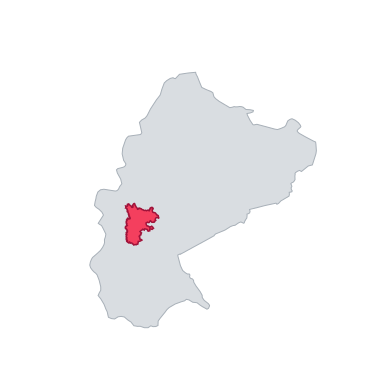 location of Mouhoun, Mou Houn, Burkina Faso, rotated 332°
{"feature_id": "67063806B95698273817509", "entity_name": "Mouhoun", "entity_type": "district", "adm_level": 2, "iso_a3": "BFA", "parent_name": "Burkina Faso", "parent_adm1": "Mou Houn", "projection": "natural_earth1", "projection_center": [-3.46, 12.237], "detail": "fine", "context": "in_parent", "style": "filled", "palette": "rose", "viewbox_px": 384, "rotation_deg": 332, "n_neighbors": 0, "source": "geoboundaries", "source_scale": "gbopen_adm2", "svg_char_len": 8531}
<svg xmlns="http://www.w3.org/2000/svg" viewBox="0 0 384 384"><g transform="rotate(332 192 192)"><path d="M274.9,241.2L266.2,241.6L263.1,242.7L261.2,242.7L261.1,241.8L260.9,241.3L250.0,238.2L242.4,236.4L234.6,234.4L234.2,236.3L233.1,237.5L231.4,237.6L230.2,237.3L229.5,238.8L228.2,240.7L226.4,241.6L224.6,242.8L223.6,243.8L222.9,243.8L221.1,241.4L218.8,241.1L214.4,241.6L212.4,240.9L209.7,240.6L203.3,241.1L193.1,240.1L191.5,240.6L191.0,241.0L180.9,241.2L169.8,241.3L160.5,241.4L152.4,241.5L152.4,241.1L149.8,241.0L149.5,241.8L147.2,251.6L146.9,256.9L148.2,260.2L149.5,262.3L151.1,263.1L151.2,264.3L150.0,265.8L150.1,267.4L151.6,269.0L151.9,270.7L151.2,272.5L151.4,276.8L152.4,283.6L152.5,287.9L151.5,290.0L151.9,293.4L154.0,298.2L154.3,300.3L153.6,301.2L151.9,302.5L150.2,302.5L148.3,299.5L147.4,298.2L145.8,295.2L144.5,292.2L142.7,290.9L140.9,289.7L138.7,285.9L136.6,284.1L134.4,284.6L131.1,283.9L124.6,283.0L117.5,283.3L114.6,284.1L111.7,285.5L104.4,288.6L101.5,290.1L99.3,293.9L96.9,293.8L94.4,292.6L92.8,290.8L89.5,291.2L86.3,289.5L83.2,286.2L80.9,285.1L77.9,282.8L77.1,278.2L75.3,275.0L73.6,270.6L71.1,268.6L68.2,267.5L64.1,267.8L61.5,266.0L59.4,263.4L60.0,261.1L60.9,258.0L61.0,254.9L61.6,249.9L61.3,243.7L60.5,239.3L62.8,237.5L65.3,235.9L66.9,232.9L68.6,226.3L69.3,220.5L68.8,218.4L68.0,216.7L67.3,214.3L66.9,211.2L67.4,208.6L69.3,206.2L71.8,204.1L73.5,203.1L78.1,202.1L83.8,200.6L87.1,198.9L89.5,197.2L90.9,195.8L92.3,193.0L94.5,190.9L96.2,188.7L96.4,182.6L96.4,179.1L95.2,177.2L94.5,175.6L103.0,170.8L103.0,167.5L101.8,163.7L100.2,160.7L99.6,158.1L101.9,155.1L104.0,152.8L105.5,150.8L108.9,147.8L112.3,147.1L115.5,148.2L124.8,155.2L126.4,155.6L128.3,155.1L130.8,153.2L133.9,151.8L135.1,147.1L135.0,140.2L135.7,137.0L137.4,136.5L142.7,137.8L144.1,137.9L145.7,137.4L146.8,136.2L146.7,134.0L146.5,132.0L148.2,125.6L151.4,120.8L157.8,114.8L159.8,113.6L162.1,112.9L173.6,117.1L175.5,116.1L178.3,105.8L181.4,104.8L185.2,104.7L187.6,103.8L188.8,103.1L194.3,99.2L203.9,93.9L209.1,91.6L210.1,90.8L213.8,87.0L218.7,82.7L221.9,81.8L226.2,81.5L228.9,82.2L229.7,83.4L230.6,84.1L236.2,82.2L244.4,85.1L251.4,88.0L250.9,89.8L250.9,93.0L250.3,98.1L249.7,104.2L252.6,108.2L256.1,112.4L257.0,114.1L256.1,118.2L256.7,120.7L258.6,124.8L261.7,129.9L265.0,135.3L267.2,136.0L269.3,136.4L270.6,137.4L272.5,138.3L274.3,138.9L276.0,140.1L277.0,141.2L278.4,144.5L282.0,146.7L284.5,148.8L283.5,149.9L280.4,149.5L277.4,148.5L277.0,150.1L276.9,156.1L277.4,161.1L278.1,161.8L281.1,162.7L288.2,169.3L294.7,175.4L296.8,177.0L300.4,177.6L304.4,177.9L306.1,177.3L309.9,174.2L312.0,173.9L313.9,174.0L314.9,174.5L316.8,177.0L318.5,180.8L319.0,183.7L318.9,185.2L318.3,185.7L315.1,186.5L313.8,187.1L313.4,187.9L313.9,189.8L314.5,191.0L318.0,196.5L323.1,204.0L324.6,205.9L323.8,208.1L321.2,213.9L319.4,216.4L311.0,224.6L306.9,223.6L298.3,225.3L297.0,223.4L294.9,223.2L292.4,223.5L291.5,224.2L291.3,225.0L290.4,226.1L288.8,229.4L287.6,230.2L286.0,230.8L284.2,230.7L283.1,231.1L283.1,232.7L282.7,234.1L281.5,234.8L280.9,236.4L281.0,238.0L280.3,238.7L278.7,238.3L277.7,237.9L276.8,239.9L275.7,241.2L274.9,241.2Z" fill="#d9dde1" stroke="#a8b0b8" stroke-width="1"/><path d="M146.7,200.0L146.4,199.5L146.6,199.0L147.3,198.3L148.3,197.9L148.6,197.9L149.3,198.2L150.2,199.4L150.5,199.3L150.6,199.1L150.7,198.2L151.0,197.4L151.1,197.1L151.0,196.9L150.7,196.2L150.2,195.9L150.1,195.5L150.2,195.0L149.9,194.3L149.9,193.6L149.7,193.1L149.0,192.4L148.2,191.9L148.0,191.5L147.9,191.2L148.1,190.1L148.5,189.2L149.0,188.8L149.1,188.5L149.3,188.5L149.7,188.7L149.9,188.5L150.0,187.9L149.9,187.6L149.7,187.0L149.5,186.8L149.2,186.8L148.8,186.5L148.7,186.5L148.3,186.7L147.9,186.5L147.7,186.5L147.5,186.9L147.3,187.2L147.0,187.3L146.7,187.2L146.4,187.6L146.1,187.7L145.6,188.5L145.3,188.5L145.1,188.1L144.9,187.6L144.7,187.3L144.2,187.3L143.6,187.2L143.0,187.2L142.7,186.9L142.6,186.6L142.4,186.3L141.3,186.0L141.0,185.8L140.8,185.6L140.6,184.9L139.6,184.1L139.5,183.2L139.1,182.9L138.8,182.3L138.3,182.3L138.1,182.2L138.0,181.9L138.0,181.6L137.9,181.4L137.7,181.3L137.1,181.5L136.3,181.9L135.9,181.8L135.8,181.7L136.1,180.8L135.7,179.6L135.7,179.2L135.6,178.6L135.7,177.9L135.5,177.4L135.7,176.9L135.6,176.6L135.8,176.0L135.9,175.7L135.7,175.3L135.6,175.0L135.1,175.0L134.8,175.2L134.2,175.3L133.8,175.8L133.7,175.9L133.4,175.9L133.2,176.4L133.1,177.0L132.9,177.5L132.7,177.6L132.3,177.7L131.7,177.4L131.6,177.2L131.6,176.8L131.9,176.1L131.2,175.2L130.9,174.2L130.5,173.6L130.7,173.2L130.6,172.9L130.3,172.7L130.1,172.9L129.5,173.0L129.4,173.0L129.3,172.7L129.2,172.6L128.9,172.9L128.8,173.6L128.7,173.9L128.4,174.1L128.0,174.0L127.2,173.5L127.0,173.4L126.8,173.2L126.7,173.5L126.7,174.1L126.4,174.4L126.1,174.9L125.9,175.0L126.0,175.1L126.7,175.8L126.7,176.1L126.7,176.5L126.4,176.8L126.3,177.0L126.5,177.2L126.4,177.4L126.5,177.9L126.1,178.1L125.9,178.4L126.0,178.4L126.3,178.6L126.3,178.8L126.2,179.1L125.8,179.1L125.8,179.3L126.1,179.5L126.1,179.9L126.0,180.0L125.8,180.3L125.8,180.6L125.8,180.8L125.9,181.6L125.8,182.0L125.6,182.1L125.4,182.1L125.4,182.4L125.5,182.8L125.4,183.0L125.2,183.1L125.2,183.3L125.3,183.3L125.4,183.7L125.1,183.9L124.9,184.1L125.2,184.4L124.9,184.7L124.7,185.1L125.2,185.5L125.2,185.9L125.0,186.3L124.7,186.5L124.1,186.2L123.7,186.3L123.4,186.2L123.2,186.0L123.2,185.8L123.1,185.5L122.9,185.3L122.9,185.0L122.8,184.9L122.5,185.1L122.5,185.3L122.2,185.6L121.8,185.6L121.7,185.8L121.6,185.7L121.2,185.8L121.1,186.3L121.2,186.5L120.7,186.6L120.5,186.8L120.5,187.0L120.4,187.1L120.1,187.2L120.1,187.4L120.2,187.6L120.0,187.8L119.9,187.7L119.7,187.8L119.7,188.0L119.6,188.4L119.6,188.5L119.3,188.8L119.4,189.2L119.3,189.4L119.5,189.5L119.1,190.0L119.1,190.4L119.1,190.5L118.9,190.3L118.7,190.6L118.8,190.8L118.6,191.2L118.4,191.4L118.0,191.3L117.8,191.2L117.6,191.2L117.4,191.4L117.1,191.3L116.5,192.1L116.5,192.4L116.2,192.5L116.2,192.9L116.4,192.9L116.6,193.1L116.5,193.4L116.8,193.8L116.6,194.2L116.7,194.3L116.7,194.6L116.9,194.9L116.9,195.0L116.7,195.2L116.8,195.4L116.4,195.6L116.3,195.8L116.4,196.1L116.2,196.3L116.5,196.5L116.3,196.8L116.2,197.0L115.9,197.2L115.3,197.2L114.9,197.0L114.7,197.2L114.6,197.4L114.7,197.7L114.9,197.8L114.7,198.2L114.5,199.1L114.4,199.2L114.2,199.2L114.1,198.9L113.9,198.8L113.9,199.0L113.6,199.5L113.8,199.8L113.5,200.2L113.0,200.4L112.9,200.5L112.9,200.8L112.7,201.1L112.7,201.4L112.8,201.5L113.0,201.5L113.1,201.9L112.9,202.1L112.7,202.0L112.6,201.9L112.4,201.9L112.1,202.2L112.2,202.8L112.0,203.1L111.8,203.2L111.9,203.3L112.0,203.7L112.1,203.8L112.2,204.0L112.3,204.2L112.3,204.3L112.1,204.6L111.8,204.2L111.6,204.0L111.4,204.3L111.2,204.8L111.2,205.1L111.5,205.5L111.7,206.3L112.0,206.6L112.0,206.8L112.1,207.2L112.3,207.3L112.5,207.0L112.8,206.8L113.2,206.8L113.3,207.0L113.5,207.0L113.6,207.5L113.4,208.0L113.8,208.4L114.2,208.4L114.9,208.7L115.1,209.4L115.0,209.7L115.2,210.0L115.3,210.2L115.7,210.5L115.8,211.1L115.7,211.4L116.8,211.7L117.3,211.8L117.6,212.0L117.8,212.3L118.0,212.4L118.3,212.4L118.5,212.2L118.9,212.2L119.4,212.4L119.6,212.6L119.8,212.4L120.0,212.2L120.2,211.9L120.4,211.7L120.5,211.5L120.9,211.2L121.0,210.9L121.3,210.4L122.2,210.8L123.1,211.0L124.3,211.0L124.6,210.7L124.8,210.8L125.0,210.7L125.2,210.8L125.2,210.6L124.8,210.1L124.7,209.9L124.5,209.6L124.3,209.3L124.1,209.3L123.9,209.2L124.0,208.7L124.3,208.0L124.4,207.9L124.5,207.6L124.5,207.2L124.4,206.7L124.6,206.4L124.8,206.5L124.8,206.4L125.1,206.3L125.2,206.2L125.3,206.0L125.3,205.9L125.5,205.8L125.8,205.9L126.1,205.7L126.3,205.7L126.6,205.5L126.9,205.7L127.0,205.5L127.2,205.2L127.4,204.7L128.0,204.6L128.2,204.4L128.0,204.1L127.9,203.7L127.5,202.5L129.3,202.0L130.6,202.1L131.0,202.0L131.1,201.9L131.2,202.1L131.9,203.1L132.0,202.9L132.1,202.5L132.3,202.4L132.8,202.3L133.1,202.4L133.1,202.5L133.9,203.2L134.8,203.8L134.9,204.2L134.9,204.5L134.6,205.4L134.9,205.8L135.0,205.9L135.1,206.1L136.0,206.3L136.6,206.4L136.8,205.8L136.8,205.5L137.5,204.7L139.3,206.3L141.0,205.9L140.8,205.4L140.8,205.1L140.9,204.9L140.9,204.7L140.5,203.8L140.4,203.3L139.8,203.4L139.6,203.3L139.2,203.2L138.9,203.3L138.5,203.4L138.3,203.5L138.1,203.3L137.9,203.1L137.5,201.9L137.4,201.8L137.5,201.8L137.3,201.5L137.0,201.2L136.8,201.0L136.5,201.0L136.3,200.8L136.3,199.6L136.4,198.9L136.8,198.0L136.9,197.8L137.1,197.7L138.2,197.8L138.4,197.7L138.7,198.2L139.0,198.5L139.8,198.8L141.7,197.8L142.0,198.3L142.2,199.6L142.4,199.9L143.6,200.6L144.0,200.7L144.4,200.8L144.7,200.9L144.9,200.7L145.0,200.4L145.2,200.5L145.3,200.4L145.5,200.4L145.8,200.2L146.4,200.1L146.5,200.1L146.7,200.0Z" fill="#f43f5e" stroke="#9f1239" stroke-width="1.5"/></g></svg>